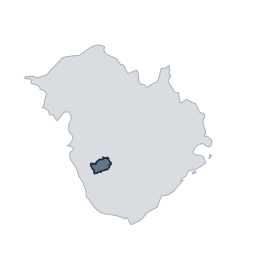 Svay Leu, Siemréab, Cambodia (highlighted), rotated 247°
{"feature_id": "14789045B56730119052608", "entity_name": "Svay Leu", "entity_type": "district", "adm_level": 2, "iso_a3": "KHM", "parent_name": "Cambodia", "parent_adm1": "Siemréab", "projection": "orthographic", "projection_center": [104.313, 13.682], "detail": "fine", "context": "in_parent", "style": "filled", "palette": "slate", "viewbox_px": 256, "rotation_deg": 247, "n_neighbors": 0, "source": "geoboundaries", "source_scale": "gbopen_adm2", "svg_char_len": 5512}
<svg xmlns="http://www.w3.org/2000/svg" viewBox="0 0 256 256"><g transform="rotate(247 128 128)"><path d="M214.7,52.3L215.2,54.2L213.9,57.9L212.4,61.2L209.6,64.2L209.5,66.3L208.6,72.7L209.0,74.7L209.7,76.4L210.6,77.3L213.2,83.5L215.5,89.2L217.8,93.8L218.2,96.7L216.3,104.2L214.0,111.1L214.2,114.5L215.3,117.9L216.4,122.5L216.9,128.3L216.4,132.1L215.3,134.5L213.3,136.9L211.5,138.2L209.3,136.1L207.6,136.1L205.3,136.7L203.4,137.7L199.8,141.3L195.7,144.8L190.0,145.7L187.8,148.3L185.4,148.7L180.9,148.9L178.0,149.5L178.1,150.8L177.9,156.9L178.0,158.3L177.6,158.7L175.5,158.9L172.0,158.0L167.4,156.5L164.0,156.3L162.3,158.9L161.3,160.0L160.1,160.2L158.7,160.6L158.3,161.8L158.2,163.3L158.8,165.8L159.1,169.8L159.0,172.6L160.2,174.3L167.4,180.1L169.5,181.5L169.8,182.4L168.5,185.6L169.7,190.0L167.4,190.0L163.7,188.1L161.9,186.9L159.7,187.9L158.9,187.7L157.5,185.5L155.5,183.3L153.6,183.2L149.4,184.1L145.1,184.7L143.5,184.7L142.8,185.1L140.4,188.4L139.3,187.9L135.0,186.6L131.1,186.1L130.3,187.0L130.8,189.7L131.6,192.4L131.1,193.5L129.0,194.9L126.1,197.4L124.4,199.4L123.2,199.9L118.8,199.8L114.5,200.1L112.8,201.9L111.1,203.3L109.7,203.7L104.1,199.2L92.8,197.6L91.6,195.6L90.5,195.2L89.5,197.8L83.3,200.3L80.8,198.7L78.9,196.9L79.2,194.7L80.9,192.8L84.0,191.5L85.4,186.9L83.1,181.0L81.1,179.3L78.9,177.9L76.7,180.1L74.7,183.8L72.7,185.8L69.9,186.2L65.8,186.0L64.2,180.4L63.7,175.6L64.3,170.1L64.9,166.8L61.0,162.3L60.8,158.0L58.9,155.8L58.4,156.9L58.4,158.1L57.9,157.3L51.7,144.7L50.7,138.8L51.8,134.3L52.4,132.8L50.6,130.5L48.1,127.8L43.7,124.2L43.4,118.7L42.5,112.1L41.2,109.9L39.2,105.8L38.1,102.5L37.8,93.6L38.3,92.9L41.5,92.7L45.5,92.1L46.2,90.7L45.5,89.5L48.1,87.5L51.8,83.1L54.7,78.6L56.8,75.7L58.0,72.8L62.2,68.8L67.9,66.0L71.8,65.3L75.9,64.4L79.7,63.1L81.6,62.9L86.4,64.6L89.0,65.0L91.7,65.0L94.6,65.2L97.0,65.0L102.9,63.9L109.2,64.8L114.8,64.1L121.7,62.7L125.1,63.5L128.2,64.9L128.6,67.6L129.3,68.8L130.4,69.7L131.7,69.7L133.5,67.8L135.0,65.9L135.4,65.5L135.5,66.5L136.2,68.6L137.6,70.7L138.9,72.0L141.1,73.8L142.6,73.9L147.3,72.2L154.4,74.6L155.3,75.9L157.6,78.4L160.1,80.2L165.6,80.3L167.5,75.8L166.6,73.1L163.4,68.3L162.5,65.5L163.5,65.0L168.8,64.4L169.7,63.9L170.8,60.8L172.3,61.1L175.2,61.5L178.4,59.3L180.2,57.1L181.2,58.1L182.3,59.7L183.5,60.6L185.8,61.9L188.3,63.7L189.9,65.6L191.1,66.3L194.3,65.7L195.1,65.8L196.9,63.5L198.2,62.3L199.3,62.6L200.9,62.6L204.2,59.7L206.0,57.1L207.0,56.3L210.0,57.6L211.2,57.3L212.9,53.7L214.7,52.3ZM62.2,173.0L61.5,173.3L61.0,173.3L60.4,172.8L60.4,170.7L60.9,169.5L61.9,169.3L62.2,173.0ZM71.5,192.9L70.2,194.2L68.2,191.4L68.2,190.6L71.5,192.9Z" fill="#d9dde1" stroke="#a8b0b8" stroke-width="1"/><path d="M109.6,79.9L109.5,80.0L109.4,80.0L109.3,79.9L109.2,79.8L109.2,79.7L109.0,79.4L108.9,79.4L108.7,79.3L108.6,79.2L108.3,79.1L108.1,79.1L107.9,79.1L107.7,79.1L107.4,79.0L107.1,79.2L107.1,79.3L106.9,79.3L106.7,79.3L106.5,79.2L106.0,79.3L105.8,79.3L105.7,79.3L105.3,79.2L105.2,79.2L104.8,79.2L104.7,79.2L104.6,79.3L104.4,79.4L104.2,79.2L103.9,79.3L103.7,79.5L103.4,79.6L103.3,79.8L103.1,79.9L102.9,80.0L102.7,80.1L102.6,80.3L102.3,80.2L102.0,80.2L101.8,80.1L101.5,80.0L101.5,79.8L101.3,79.6L101.2,79.6L100.8,79.3L100.5,79.2L100.4,79.2L100.2,79.2L99.7,79.2L99.3,79.3L99.2,79.3L98.9,79.4L98.9,79.7L98.9,80.0L98.9,80.8L98.9,81.0L98.7,81.2L98.6,81.3L98.5,81.5L98.5,82.2L98.5,82.3L98.8,82.6L98.8,83.2L98.7,83.3L98.7,83.5L98.9,84.3L99.0,84.9L99.1,85.1L98.8,85.3L98.6,85.4L98.2,85.6L97.9,85.7L97.8,85.8L97.9,86.0L98.0,86.4L98.1,86.5L98.5,86.5L98.7,86.9L98.9,87.1L99.0,87.2L99.0,87.3L99.0,87.5L98.9,87.9L98.9,88.0L98.6,88.5L98.4,88.8L98.2,89.1L98.2,89.9L98.2,90.1L98.3,90.1L98.5,90.3L98.6,90.5L98.7,90.8L98.6,91.0L98.6,91.4L98.5,91.5L98.3,91.7L98.0,91.7L97.9,91.8L97.8,92.4L97.7,92.9L98.3,93.8L98.5,93.9L98.6,94.0L98.6,94.4L98.9,94.5L99.0,94.8L99.0,95.0L99.2,95.3L99.3,95.4L99.3,95.6L99.4,95.8L99.5,95.9L99.8,95.9L100.0,95.9L100.0,96.0L100.3,96.0L100.8,96.0L101.0,95.9L101.4,96.2L101.6,96.4L101.6,96.5L101.1,97.0L101.0,97.4L101.1,98.2L101.1,98.3L101.3,98.4L101.5,98.4L101.9,98.4L102.0,98.4L102.4,98.4L102.5,98.4L102.5,98.5L102.8,98.8L103.0,98.9L103.3,98.6L103.5,98.2L103.9,98.0L104.9,98.0L105.2,97.9L106.0,97.9L107.0,97.9L107.1,98.0L107.4,98.1L107.6,98.2L107.9,98.2L108.1,98.1L108.5,97.8L108.7,97.7L108.7,97.4L108.8,97.3L108.7,97.2L108.8,97.2L108.7,97.0L108.8,97.0L108.8,96.9L109.0,96.6L108.9,96.6L109.0,96.5L109.0,96.4L108.9,96.3L108.9,96.2L108.9,95.9L108.9,95.7L109.0,95.4L109.1,95.2L109.3,95.2L109.5,94.9L109.7,94.6L109.8,94.5L109.8,94.3L110.0,94.2L110.3,94.1L110.5,94.0L110.4,94.0L110.5,93.9L110.6,93.7L110.8,93.5L110.4,93.4L110.0,93.4L109.1,93.4L109.1,93.2L109.2,92.9L109.1,92.7L109.0,92.4L108.9,92.3L108.9,92.1L108.9,91.9L109.0,91.8L109.0,91.7L109.3,91.5L109.5,91.4L109.7,91.2L109.7,90.9L109.7,90.7L109.8,90.6L109.8,90.4L110.0,90.1L110.2,89.9L110.2,89.4L109.9,89.2L109.7,88.9L109.7,88.7L109.8,88.6L109.9,88.3L109.9,88.2L109.7,87.9L109.8,87.8L109.8,87.5L109.6,87.3L109.6,87.2L109.4,87.0L109.3,86.9L109.2,86.8L109.2,86.7L109.2,86.3L109.3,86.1L109.3,85.9L109.2,85.8L108.9,85.7L108.7,85.6L108.5,85.3L108.5,85.0L108.5,84.9L108.4,84.9L108.4,84.7L108.2,84.4L108.0,84.5L107.9,84.5L107.7,84.5L107.4,84.5L107.4,84.3L107.4,84.2L107.6,84.0L107.7,83.9L107.7,83.5L107.7,83.4L107.8,83.4L108.0,83.5L108.1,83.4L108.2,83.2L108.2,82.9L108.4,82.9L108.5,82.7L108.4,82.4L108.5,82.1L108.6,81.9L108.6,81.7L108.8,81.5L109.1,81.6L109.3,81.6L109.4,81.4L109.1,81.2L109.0,80.9L109.5,80.6L109.6,80.4L109.7,80.0L109.6,79.9L109.6,79.9Z" fill="#64748b" stroke="#1e293b" stroke-width="1.5"/></g></svg>